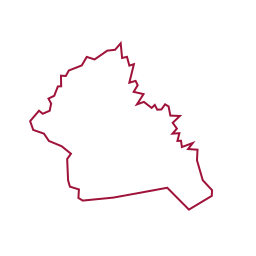 Fleming, Kentucky, United States of America, rotated 193°
{"feature_id": "52423323B16760069274755", "entity_name": "Fleming", "entity_type": "district", "adm_level": 2, "iso_a3": "USA", "parent_name": "United States of America", "parent_adm1": "Kentucky", "projection": "natural_earth1", "projection_center": [-83.696, 38.348], "detail": "fine", "context": "isolated", "style": "outline", "palette": "rose", "viewbox_px": 256, "rotation_deg": 193, "n_neighbors": 0, "source": "geoboundaries", "source_scale": "gbopen_adm2", "svg_char_len": 920}
<svg xmlns="http://www.w3.org/2000/svg" viewBox="0 0 256 256"><g transform="rotate(193 128 128)"><path d="M50.3,62.2L31.1,80.7L32.1,86.3L43.4,93.9L53.5,112.0L55.4,122.5L64.7,121.0L61.6,127.9L71.2,121.6L73.5,127.5L76.9,126.5L76.8,134.5L83.4,132.5L80.2,138.4L85.6,143.1L80.2,151.4L89.5,149.6L93.3,158.1L97.2,159.4L99.6,153.6L103.6,152.4L107.1,156.5L109.5,152.9L118.4,157.0L124.6,153.0L120.5,164.5L130.6,164.5L128.2,171.9L131.2,175.6L136.9,172.5L136.6,191.5L140.7,189.1L145.0,197.1L149.5,194.9L154.2,208.9L158.2,201.3L165.6,198.7L176.0,187.3L184.2,188.0L187.1,178.6L198.6,170.7L200.3,164.7L205.1,163.9L202.5,153.6L205.7,152.7L207.1,142.8L212.1,138.8L208.4,134.5L208.2,127.2L214.3,122.7L218.6,124.8L224.9,112.7L219.9,104.8L208.6,103.6L202.2,97.6L188.5,95.3L177.8,90.1L180.3,84.1L174.6,63.5L171.4,57.8L162.0,57.1L160.6,48.7L155.8,47.1L126.6,56.9L76.3,78.6L50.3,62.2Z" fill="none" stroke="#9f1239" stroke-width="2"/></g></svg>